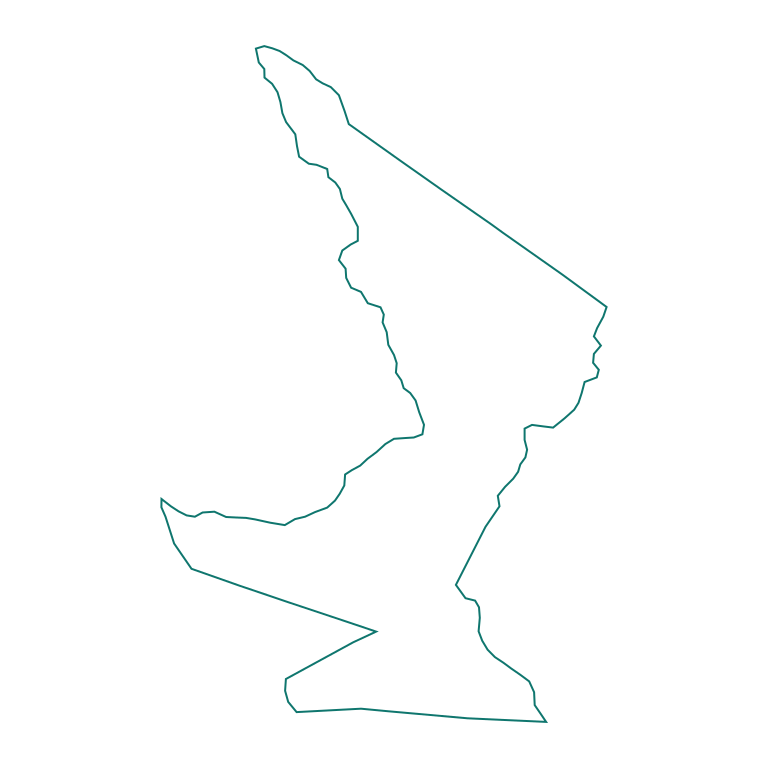 Tururu, Ceará, Brazil (orthographic projection)
{"feature_id": "56859067B74610593529944", "entity_name": "Tururu", "entity_type": "district", "adm_level": 2, "iso_a3": "BRA", "parent_name": "Brazil", "parent_adm1": "Ceará", "projection": "orthographic", "projection_center": [-39.417, -3.531], "detail": "fine", "context": "isolated", "style": "outline", "palette": "teal", "viewbox_px": 768, "rotation_deg": 0, "n_neighbors": 0, "source": "geoboundaries", "source_scale": "gbopen_adm2", "svg_char_len": 1982}
<svg xmlns="http://www.w3.org/2000/svg" viewBox="0 0 768 768"><path d="M161.5,499.0L161.4,507.3L165.5,516.7L174.1,543.5L191.5,568.8L240.4,586.0L269.4,595.8L288.2,602.2L348.8,622.4L376.1,631.6L353.2,642.3L285.9,679.0L285.1,690.8L288.2,701.9L296.6,712.1L361.0,708.7L388.6,711.3L467.6,718.3L546.1,721.9L540.6,713.7L534.7,705.1L534.1,692.2L529.2,681.4L520.6,675.0L511.2,668.5L503.5,662.8L494.9,657.1L487.6,649.7L482.2,640.7L478.6,631.3L479.8,617.8L479.0,607.3L475.1,600.6L465.5,598.2L455.9,584.9L485.5,526.8L499.5,506.3L497.8,495.8L505.1,486.8L513.2,478.7L518.1,471.8L520.3,464.4L525.4,457.4L527.1,449.7L524.6,439.9L524.6,428.6L532.0,424.9L543.3,426.4L553.1,427.6L564.6,418.3L574.2,409.7L578.5,402.8L581.7,393.0L584.6,382.0L596.8,377.4L598.8,369.8L593.1,362.8L593.9,353.9L600.9,345.6L593.9,336.4L597.1,328.1L603.3,316.7L606.6,307.0L562.5,274.7L502.7,232.6L492.1,224.9L442.1,190.1L399.5,160.1L348.8,124.1L344.6,111.1L338.9,95.2L330.8,87.1L322.6,83.3L316.1,79.3L309.7,71.0L302.7,65.0L293.4,60.4L286.1,55.1L279.6,51.0L272.3,48.3L264.3,46.1L255.9,48.6L258.8,62.5L264.3,69.0L264.5,77.6L272.1,83.8L277.5,92.2L280.4,102.0L282.4,113.2L286.1,122.1L295.3,134.3L297.0,146.1L299.1,156.7L308.8,163.7L316.5,164.8L327.2,169.0L328.4,177.2L335.3,182.5L339.9,189.0L342.3,198.7L346.2,205.2L351.1,213.8L357.8,226.8L357.8,240.8L350.7,244.5L342.3,250.5L338.9,260.1L345.6,268.7L346.2,277.9L351.1,287.7L361.0,291.9L367.8,303.2L380.5,307.3L383.8,314.6L382.6,322.4L386.7,332.2L388.3,344.8L394.0,355.0L396.7,363.2L395.9,372.6L401.3,380.3L403.7,388.2L410.2,393.0L415.6,400.5L419.2,412.2L424.0,424.8L422.4,434.3L413.8,437.5L405.7,438.0L394.0,438.8L385.4,444.0L376.5,452.1L367.5,458.8L360.2,465.6L351.9,470.1L345.1,474.5L344.3,485.5L339.7,493.8L335.0,500.6L327.2,507.6L315.0,512.1L305.1,516.7L295.0,519.1L284.8,525.1L270.2,522.7L255.1,519.4L246.1,517.9L236.3,517.5L226.1,517.0L214.4,511.7L202.6,512.5L194.9,516.7L186.6,515.4L178.5,511.3L170.9,506.3L161.5,499.0Z" fill="none" stroke="#0f766e" stroke-width="2"/></svg>